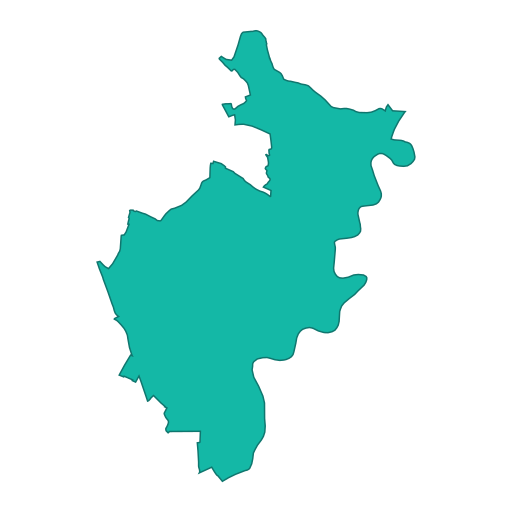 the district of Santana De Mures, Mures, Romania
{"feature_id": "2599482B40977514976433", "entity_name": "Santana De Mures", "entity_type": "district", "adm_level": 2, "iso_a3": "ROU", "parent_name": "Romania", "parent_adm1": "Mures", "projection": "natural_earth1", "projection_center": [24.57, 46.597], "detail": "fine", "context": "isolated", "style": "filled", "palette": "teal", "viewbox_px": 512, "rotation_deg": 0, "n_neighbors": 0, "source": "geoboundaries", "source_scale": "gbopen_adm2", "svg_char_len": 6022}
<svg xmlns="http://www.w3.org/2000/svg" viewBox="0 0 512 512"><path d="M394.4,129.3L398.7,121.1L404.4,112.6L405.2,111.6L392.6,110.8L388.0,104.7L386.4,107.0L385.7,109.3L385.5,109.7L385.3,110.9L381.9,108.8L380.6,108.5L379.1,108.6L375.2,110.7L371.2,112.2L367.0,112.7L359.1,112.5L355.9,111.6L353.4,110.2L349.6,109.1L346.6,108.5L344.0,108.5L340.5,108.9L333.4,107.6L331.1,106.5L325.1,99.9L320.8,96.1L317.6,93.8L315.4,92.2L312.9,90.1L310.9,88.1L308.6,86.0L307.8,85.6L305.7,84.9L304.8,84.7L301.8,84.2L300.6,83.9L298.1,82.9L295.4,82.4L290.7,81.3L288.7,81.1L286.9,80.6L285.4,80.0L283.7,79.2L282.3,75.7L281.0,73.6L279.6,72.4L274.7,69.6L274.2,69.2L273.7,68.5L273.1,67.2L272.4,65.1L272.1,63.9L270.6,60.7L269.9,58.3L269.6,58.4L269.1,56.1L267.4,49.9L266.4,44.9L266.5,44.4L266.7,44.1L266.7,43.4L266.3,42.6L266.2,41.5L265.8,40.2L265.8,39.6L265.8,38.9L264.8,37.4L262.7,35.0L261.8,33.6L260.9,32.6L259.6,31.8L257.7,31.0L256.0,30.7L254.1,31.0L252.7,31.4L251.2,31.4L243.2,32.2L242.4,32.8L241.5,33.8L240.5,36.3L238.1,44.8L234.0,56.9L231.6,60.2L226.1,59.4L222.8,57.4L221.3,56.4L219.2,58.3L219.4,59.1L222.6,62.3L225.1,65.3L227.5,67.3L231.2,70.9L232.0,70.9L233.3,69.5L234.1,69.3L234.9,69.4L237.7,72.3L239.9,75.8L241.2,77.5L243.5,78.8L245.6,80.9L247.3,82.9L248.3,85.4L250.4,95.0L245.4,96.9L245.7,98.7L246.4,100.0L246.5,100.6L246.2,101.1L245.1,102.3L243.7,103.5L241.2,104.6L238.0,106.3L235.1,108.8L234.2,109.1L233.3,109.0L232.4,108.1L231.7,106.5L231.4,104.7L231.3,104.0L230.8,103.6L228.3,103.8L225.7,103.8L222.4,104.3L222.3,104.7L228.8,116.8L232.3,115.4L234.6,114.8L235.4,119.9L235.0,124.9L238.9,124.4L243.5,124.2L252.1,126.1L261.1,129.8L270.1,134.0L270.4,136.4L270.9,140.1L271.7,147.3L271.5,148.4L270.7,149.2L269.6,149.3L269.1,149.5L268.9,150.2L269.1,153.1L269.6,155.1L269.3,155.5L268.4,155.7L267.3,155.2L266.5,154.5L265.9,154.7L266.0,155.1L267.6,157.4L268.3,161.3L268.5,163.0L268.1,165.6L267.4,166.2L266.7,166.3L266.0,166.8L265.4,168.0L265.3,168.6L265.7,169.2L266.9,170.4L266.8,171.3L266.4,172.9L266.5,173.7L267.5,175.2L268.3,177.3L269.3,178.0L269.8,178.5L270.0,179.0L270.1,179.7L269.6,180.7L268.2,182.3L267.3,183.7L266.8,184.2L265.6,184.8L264.2,186.0L263.4,187.1L271.0,190.5L270.6,196.3L270.1,196.5L267.5,194.5L265.2,193.1L263.1,192.1L259.9,191.1L256.8,189.6L255.0,188.5L252.7,186.8L250.3,184.7L246.2,182.1L244.5,180.6L243.1,178.5L234.8,173.3L233.3,171.7L225.4,168.2L225.5,166.9L224.2,165.7L221.2,163.6L213.6,161.3L213.0,163.5L211.3,163.3L210.8,163.3L210.4,165.5L210.2,167.8L210.0,173.5L209.9,177.2L209.8,177.7L209.1,178.1L206.3,179.8L203.3,181.1L202.3,182.0L201.6,183.1L201.0,185.0L200.4,186.6L199.8,188.2L198.5,190.0L191.9,196.1L186.1,202.1L181.6,205.4L174.7,208.2L171.2,209.1L169.4,210.5L166.0,213.7L164.5,215.6L161.0,220.5L160.1,220.9L157.6,220.6L157.0,220.4L155.2,218.9L150.7,216.8L145.5,214.1L142.4,213.2L136.4,211.0L135.5,211.5L134.8,211.4L133.5,210.8L133.2,210.2L130.7,210.1L129.7,210.5L130.0,212.4L128.5,217.5L129.2,218.4L128.5,220.9L127.8,224.1L129.0,224.3L126.1,232.0L124.2,234.9L121.4,235.3L121.2,236.0L120.3,248.8L119.7,251.2L118.3,253.5L117.8,254.9L112.6,263.8L108.5,268.6L105.1,266.7L103.1,264.8L99.9,261.4L97.1,262.1L97.3,262.6L99.4,268.8L102.7,277.1L103.3,279.3L108.0,292.0L112.1,303.9L113.4,307.2L114.3,310.7L115.2,313.0L116.1,314.3L117.3,315.5L118.6,316.5L114.5,318.6L114.3,319.1L116.7,320.4L118.0,321.5L121.2,324.9L124.1,328.4L125.8,331.3L127.2,334.7L127.5,335.9L127.9,338.7L129.5,347.6L130.5,350.7L131.9,355.1L132.2,355.7L130.6,355.1L124.6,365.1L120.2,373.2L119.2,375.1L123.7,376.9L124.1,376.2L132.7,379.9L132.3,380.6L135.6,382.1L139.0,376.0L141.0,381.5L143.0,387.4L146.2,396.8L147.6,401.1L148.6,400.7L150.4,398.8L150.7,398.2L153.5,395.5L161.1,403.1L165.0,406.4L164.7,406.8L166.9,407.9L165.3,411.1L164.3,413.0L164.2,413.4L164.4,414.4L165.6,417.1L166.6,418.6L167.8,420.0L168.3,420.9L168.5,422.2L168.0,424.2L167.0,426.5L166.1,428.0L165.8,428.8L165.9,430.0L166.2,430.9L168.1,432.8L169.6,431.5L200.4,431.3L200.0,441.6L199.9,442.2L199.5,442.5L197.9,442.7L197.3,442.8L198.0,450.8L198.5,460.1L198.6,462.0L198.6,465.1L198.6,466.2L198.8,467.3L199.5,469.7L199.7,471.3L199.6,472.3L199.3,472.9L211.7,467.2L214.4,471.7L216.0,474.1L217.1,475.4L217.8,475.7L222.4,481.3L228.7,477.6L235.5,474.3L245.0,470.6L247.1,470.1L248.8,469.2L249.7,468.3L251.7,463.8L252.7,458.9L253.4,453.0L255.0,449.6L257.5,445.1L261.4,439.9L263.4,436.4L264.8,432.1L265.2,426.0L264.6,418.5L264.5,403.0L262.9,396.1L258.6,386.2L253.8,377.3L252.1,369.9L252.6,366.4L252.7,363.6L253.8,361.6L257.4,358.9L262.7,357.7L267.0,357.5L269.5,358.1L274.9,359.7L279.8,360.4L283.9,360.0L286.1,359.5L289.0,358.3L291.4,356.7L293.0,354.6L293.9,351.7L295.8,343.2L296.7,337.9L298.3,333.9L300.3,331.2L302.6,329.3L305.8,328.1L309.4,327.5L312.1,328.0L313.5,328.5L318.3,330.9L323.5,332.4L324.8,332.6L328.0,332.7L332.1,331.7L334.9,330.2L336.8,327.8L338.2,325.2L339.1,321.4L339.7,311.4L340.5,308.9L341.7,305.9L344.2,302.8L348.8,298.9L354.9,294.2L358.0,290.9L364.1,285.1L365.8,282.3L366.7,279.7L366.8,277.8L366.1,276.5L363.5,275.0L358.3,274.5L353.7,275.0L348.3,277.2L342.9,278.2L339.5,277.8L337.2,276.5L335.3,274.1L334.0,271.4L333.6,268.2L334.3,261.2L335.3,249.2L335.3,247.3L334.6,244.0L334.4,242.2L335.1,241.2L337.5,239.7L339.5,239.0L347.0,238.2L351.6,237.5L354.6,236.6L357.7,235.0L359.5,233.0L360.5,231.3L360.7,228.8L360.4,226.7L360.2,224.2L359.8,222.9L357.9,214.2L357.9,212.5L358.3,210.3L359.0,208.6L360.0,207.4L361.3,206.5L362.9,206.2L365.1,205.9L373.1,205.0L376.4,203.8L378.5,202.1L379.9,199.9L380.9,197.8L381.3,196.1L381.3,193.7L380.6,191.1L378.1,185.6L374.2,175.6L372.6,170.3L371.0,165.6L370.9,162.8L371.3,160.8L372.3,158.7L373.8,156.9L375.4,155.7L377.9,154.1L379.6,153.5L381.1,153.5L382.5,153.6L383.6,154.0L386.2,155.5L390.2,158.5L391.8,160.2L393.4,163.1L394.6,164.4L397.0,165.5L399.6,166.0L403.6,166.3L407.4,165.8L411.0,163.6L413.0,161.5L414.5,159.3L414.9,156.9L414.0,152.1L412.9,148.5L411.6,145.5L410.6,144.2L409.5,143.3L407.4,142.4L404.8,141.8L403.8,141.1L401.1,140.4L394.3,139.9L391.2,139.1L391.7,136.8L393.4,131.9L394.4,129.3Z" fill="#14b8a6" stroke="#0f766e" stroke-width="1.5"/></svg>